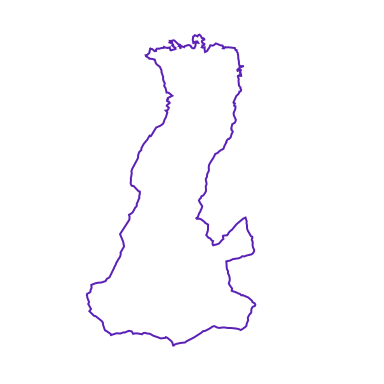 Maieru, Bistrita-Nasaud, Romania (Albers equal-area conic projection), rotated 191°
{"feature_id": "2599482B60553702262624", "entity_name": "Maieru", "entity_type": "district", "adm_level": 2, "iso_a3": "ROU", "parent_name": "Romania", "parent_adm1": "Bistrita-Nasaud", "projection": "albers", "projection_center": [24.741, 47.474], "detail": "fine", "context": "isolated", "style": "outline", "palette": "violet", "viewbox_px": 384, "rotation_deg": 191, "n_neighbors": 0, "source": "geoboundaries", "source_scale": "gbopen_adm2", "svg_char_len": 6070}
<svg xmlns="http://www.w3.org/2000/svg" viewBox="0 0 384 384"><g transform="rotate(191 192 192)"><path d="M219.1,346.5L219.5,345.7L220.5,344.8L220.3,341.5L219.1,338.5L218.4,339.0L217.8,340.0L216.7,340.5L215.4,340.8L214.4,339.6L215.4,339.6L216.8,339.0L216.5,335.8L217.0,334.5L217.1,333.7L218.2,333.3L219.4,333.4L221.0,334.7L221.0,335.0L222.4,335.6L223.6,335.6L226.9,333.8L227.4,332.6L230.3,333.2L230.6,332.9L230.7,331.1L231.0,331.1L231.7,332.5L232.8,332.7L232.0,334.2L234.0,334.6L238.1,337.3L239.5,337.3L241.1,336.3L242.7,336.1L242.5,335.3L242.7,334.5L240.8,334.2L240.0,334.8L239.4,333.4L238.4,332.8L238.3,332.4L239.1,331.9L237.5,330.9L235.8,330.4L235.9,329.9L235.5,329.2L239.8,327.0L240.1,327.2L239.9,327.4L241.0,328.5L241.4,329.7L242.9,328.8L243.2,329.0L243.6,328.7L246.0,328.7L247.2,329.1L247.4,328.0L249.2,327.6L251.8,326.3L253.7,326.1L254.5,324.8L254.2,323.6L255.7,323.1L256.1,323.5L258.6,324.8L259.5,324.4L260.3,324.9L260.5,324.6L260.3,324.0L260.6,322.0L260.3,321.1L260.6,319.9L261.4,319.3L261.8,318.3L263.6,317.4L263.1,316.5L259.5,315.1L259.3,314.7L257.0,315.0L254.2,314.9L254.3,314.6L253.5,314.2L252.1,311.6L250.9,310.5L247.4,308.7L245.1,305.5L244.8,303.8L242.3,299.5L241.9,297.2L241.0,295.4L239.4,293.5L239.6,290.9L237.7,288.8L235.9,284.7L234.8,285.0L233.5,284.8L229.7,282.7L233.6,279.7L233.3,278.6L233.9,278.2L233.7,278.0L233.9,276.7L233.6,276.3L231.9,276.3L230.9,275.2L233.3,272.2L233.3,271.8L230.8,270.3L231.1,269.8L231.1,268.7L231.7,267.6L233.3,266.9L231.4,265.5L231.9,260.2L232.7,258.1L233.1,254.7L233.5,253.4L235.5,251.2L239.5,248.4L242.9,239.2L243.4,238.8L244.4,239.2L245.9,234.8L248.6,229.9L250.0,225.4L249.8,223.5L251.5,221.0L251.9,217.2L251.5,216.2L251.6,214.7L255.2,202.9L255.4,200.7L254.7,198.9L254.6,193.2L254.3,192.5L254.0,190.7L254.0,189.2L253.2,187.5L252.2,186.6L250.4,186.7L244.6,182.5L243.5,182.6L243.1,182.1L242.9,179.7L243.0,177.6L242.5,175.9L243.1,174.3L243.1,173.4L244.0,169.6L243.6,168.3L243.7,167.4L244.8,165.7L246.3,160.8L247.6,159.2L249.5,157.6L248.6,155.8L248.2,153.3L248.4,152.3L254.6,136.9L250.1,130.1L248.3,125.6L250.6,118.8L250.1,117.7L250.2,115.2L250.9,112.9L251.7,111.4L252.1,109.5L252.5,109.1L253.4,104.7L253.8,103.9L254.1,102.2L256.7,92.5L259.1,90.4L259.8,88.1L263.6,85.9L267.3,84.9L269.9,83.7L273.1,81.6L272.3,78.7L272.9,76.0L272.6,74.9L273.0,74.1L275.5,72.0L275.6,70.7L275.0,69.9L274.7,68.5L272.0,64.2L272.5,62.3L268.8,57.9L270.0,55.4L264.6,51.8L262.9,51.7L256.5,48.4L254.7,47.0L253.9,44.5L251.1,39.7L249.5,39.2L244.7,37.1L244.2,36.1L239.2,38.9L235.4,39.4L232.5,41.1L231.5,41.1L227.5,43.7L224.5,43.6L222.7,41.5L221.2,42.3L218.6,42.8L214.0,42.8L212.7,44.3L211.2,44.8L209.3,44.5L206.3,44.8L202.1,43.4L199.1,43.1L194.8,42.3L190.4,43.7L190.0,44.6L188.1,44.0L184.0,41.8L182.5,40.4L181.3,37.8L180.6,37.8L180.0,38.8L178.6,39.8L174.3,41.7L170.2,42.9L168.8,44.5L162.4,49.5L155.9,55.7L154.6,57.5L152.4,58.3L149.4,60.7L147.2,62.6L146.8,63.3L145.5,64.2L144.3,64.6L141.1,63.7L138.8,63.9L135.9,64.9L134.2,65.2L130.3,65.4L128.1,65.9L122.6,66.4L119.8,66.3L117.9,65.8L116.4,67.0L113.8,69.8L113.0,71.1L113.2,72.9L112.4,76.9L113.2,79.0L112.9,80.6L111.9,83.4L111.3,83.9L110.9,85.2L111.3,88.3L111.2,89.2L110.8,90.3L110.0,91.3L108.8,91.9L108.4,92.5L108.4,93.7L109.3,94.7L111.6,95.4L112.5,96.8L116.7,99.2L122.8,100.5L123.2,100.1L123.9,100.0L125.7,101.2L127.0,101.2L128.9,101.8L134.2,102.6L134.2,104.9L136.2,106.7L138.4,109.1L138.1,112.8L138.8,115.3L140.0,117.7L141.0,118.7L141.3,119.5L141.5,121.2L142.9,122.8L143.4,124.1L144.9,130.0L145.1,130.2L145.1,130.4L144.5,130.5L143.7,131.2L142.1,131.6L138.9,134.0L133.6,135.8L131.6,137.1L130.5,138.5L128.2,138.8L126.2,140.1L121.5,142.2L120.4,143.7L119.7,145.9L120.0,147.1L121.8,149.7L122.6,152.2L122.6,153.5L123.2,155.1L124.1,156.3L124.3,157.1L124.0,158.6L124.3,159.6L125.7,159.9L129.9,164.8L131.0,166.7L131.7,169.9L132.6,172.0L132.7,173.6L134.6,177.1L136.7,175.6L142.2,168.8L145.5,162.7L147.0,161.0L148.3,158.9L148.6,157.5L149.2,156.3L153.0,155.1L153.3,154.5L152.2,152.0L153.6,150.2L155.6,146.6L158.2,145.0L160.1,144.3L160.6,143.8L161.0,143.7L161.5,144.1L162.0,145.5L162.2,146.5L162.0,147.9L163.6,148.3L164.6,149.5L166.2,150.2L167.1,150.2L169.8,152.5L169.3,154.8L169.1,157.8L170.0,163.1L173.4,164.3L173.8,164.9L175.5,165.8L177.9,166.9L179.7,167.2L182.1,166.6L182.7,167.1L181.5,168.6L180.9,172.6L180.0,174.6L180.1,175.5L179.6,176.9L179.2,179.4L179.3,180.1L182.0,182.9L183.6,184.9L183.1,186.6L182.2,187.7L181.9,189.7L180.4,190.6L179.2,193.1L178.5,195.2L178.7,197.3L179.6,199.9L179.2,202.3L179.5,203.7L180.7,206.3L180.9,207.7L180.2,209.7L180.5,212.4L179.6,215.7L179.7,217.3L180.3,219.3L180.4,221.9L179.4,225.1L177.5,229.7L176.4,233.8L174.1,235.4L173.4,236.7L171.5,238.8L169.4,240.3L168.9,243.6L167.7,247.4L168.0,247.6L167.3,250.1L166.1,251.3L165.7,251.2L164.5,253.0L164.2,256.4L163.5,258.6L163.6,259.3L165.2,260.6L165.1,261.4L165.6,261.9L165.4,266.3L163.4,267.9L162.8,269.4L162.7,271.2L165.7,275.5L166.2,277.5L165.4,281.3L165.4,282.8L165.7,284.4L167.0,284.7L167.1,285.7L166.8,287.1L168.0,287.3L168.4,287.8L166.8,294.8L165.3,296.8L164.7,298.3L164.7,299.5L164.3,299.5L163.4,300.3L163.3,301.9L164.3,303.0L164.3,303.8L166.3,305.5L166.5,306.4L166.5,307.0L166.8,307.4L167.6,310.3L167.6,311.6L169.1,314.3L169.0,314.8L168.3,315.4L167.5,315.1L165.9,315.4L166.3,316.8L167.1,316.6L167.6,318.3L167.4,318.5L167.7,318.7L167.4,320.1L167.6,320.5L167.3,321.0L167.6,321.3L170.3,319.6L170.8,320.6L168.9,323.2L165.2,325.5L169.3,324.6L170.5,327.2L170.9,329.2L172.1,332.1L172.6,334.4L173.8,337.4L175.0,338.7L175.3,339.8L176.5,339.8L177.4,341.5L184.0,341.0L186.3,340.3L186.8,340.6L187.7,340.0L188.0,339.1L188.5,339.0L188.8,339.0L188.5,339.5L188.7,340.3L189.5,340.6L189.7,341.3L190.0,341.6L191.8,341.4L196.9,342.4L198.5,340.4L199.1,340.0L200.0,339.5L201.9,339.6L202.2,339.3L202.4,337.4L203.7,334.6L203.9,333.5L205.9,331.9L206.7,333.8L207.2,336.4L208.5,335.8L210.0,335.9L209.6,337.0L209.8,337.9L208.4,338.4L208.0,338.9L208.2,339.8L210.3,340.5L211.0,341.4L210.9,342.7L209.0,344.0L209.3,344.7L210.1,345.1L211.8,345.1L212.9,346.6L214.6,347.9L215.8,347.1L216.3,345.8L219.1,346.5Z" fill="none" stroke="#5b21b6" stroke-width="2"/></g></svg>